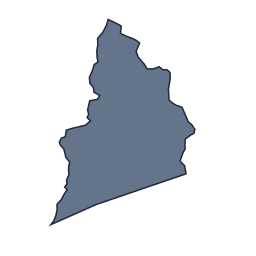 Solidão, Pernambuco, Brazil, rotated 97°
{"feature_id": "56859067B13785491048510", "entity_name": "Solidão", "entity_type": "district", "adm_level": 2, "iso_a3": "BRA", "parent_name": "Brazil", "parent_adm1": "Pernambuco", "projection": "orthographic", "projection_center": [-37.665, -7.581], "detail": "fine", "context": "isolated", "style": "filled", "palette": "slate", "viewbox_px": 256, "rotation_deg": 97, "n_neighbors": 0, "source": "geoboundaries", "source_scale": "gbopen_adm2", "svg_char_len": 1097}
<svg xmlns="http://www.w3.org/2000/svg" viewBox="0 0 256 256"><g transform="rotate(97 128 128)"><path d="M35.0,147.0L27.6,147.2L24.6,154.9L22.7,160.9L28.9,162.0L35.7,164.5L42.8,169.1L49.4,168.1L54.8,168.4L61.4,167.4L66.0,165.8L69.3,169.4L74.0,170.0L82.7,172.5L88.5,171.2L91.8,167.4L96.8,166.0L99.2,160.0L103.4,162.0L105.6,169.3L114.9,170.3L119.5,168.7L122.6,169.9L125.3,166.2L130.3,170.3L135.1,183.3L137.7,189.0L144.3,189.2L146.2,192.9L150.3,194.5L153.5,192.9L156.5,189.2L161.1,187.4L164.8,186.1L168.9,181.7L172.8,182.2L177.2,181.9L181.1,180.9L187.5,182.6L190.7,181.7L194.4,183.7L196.6,180.9L201.5,183.3L207.2,185.5L212.3,189.2L217.9,188.4L223.5,188.9L228.8,190.2L233.3,192.8L207.8,150.2L166.4,64.8L158.4,67.3L154.5,72.3L145.7,70.4L141.9,68.7L138.4,69.4L132.1,69.8L127.3,64.9L125.3,61.9L121.1,61.5L117.0,65.1L114.5,68.9L100.8,76.9L99.5,83.0L97.9,86.8L95.3,90.7L84.3,92.6L73.8,92.1L67.8,93.1L65.5,96.2L65.9,100.4L63.4,104.6L66.2,110.0L67.0,116.2L62.7,119.6L56.3,126.6L50.9,129.3L42.3,126.8L40.0,130.5L38.4,135.2L37.1,140.9L35.0,147.0Z" fill="#64748b" stroke="#1e293b" stroke-width="1.5"/></g></svg>